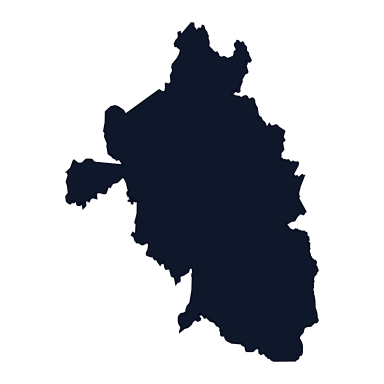 outline of Bafwasende, Orientale, Democratic Republic of the Congo
{"feature_id": "63176286B50174012793828", "entity_name": "Bafwasende", "entity_type": "district", "adm_level": 2, "iso_a3": "COD", "parent_name": "Democratic Republic of the Congo", "parent_adm1": "Orientale", "projection": "equal_earth", "projection_center": [26.956, 0.799], "detail": "fine", "context": "isolated", "style": "filled", "palette": "ink", "viewbox_px": 384, "rotation_deg": 0, "n_neighbors": 0, "source": "geoboundaries", "source_scale": "gbopen_adm2", "svg_char_len": 5953}
<svg xmlns="http://www.w3.org/2000/svg" viewBox="0 0 384 384"><path d="M218.2,53.6L217.4,53.5L216.8,52.1L214.9,53.1L214.2,51.9L212.8,51.9L212.7,50.4L209.0,46.7L208.5,45.5L209.0,43.1L208.7,40.8L207.6,37.8L208.1,36.7L207.9,35.3L207.3,35.0L206.7,32.2L204.8,29.9L203.6,25.8L202.4,25.5L201.6,28.7L198.6,28.3L197.1,31.0L196.3,30.8L195.2,28.4L194.0,27.5L193.5,23.2L191.3,23.0L182.0,34.0L180.6,34.7L180.2,31.8L178.5,32.3L178.0,33.1L178.6,34.9L178.2,38.2L176.1,40.3L174.5,43.6L175.1,46.4L177.0,46.3L177.9,47.6L179.9,48.6L180.6,50.5L179.5,54.4L177.5,58.3L172.5,64.4L171.9,67.4L172.7,69.6L172.7,71.2L170.6,75.3L171.2,82.5L168.3,84.4L166.0,83.3L165.5,83.9L165.8,87.9L164.9,91.6L162.8,92.0L159.1,89.9L125.5,114.3L123.3,110.4L118.0,106.8L115.1,105.8L110.9,106.9L105.6,111.7L105.4,122.2L103.8,131.1L105.3,133.2L104.6,136.4L107.7,144.0L107.0,145.7L108.4,153.9L110.6,155.2L111.2,154.6L111.4,155.5L111.8,155.0L112.1,155.5L112.7,157.5L115.7,158.9L116.6,160.1L118.7,159.3L120.1,160.2L123.0,165.1L95.7,162.5L93.7,162.0L92.5,160.1L91.1,159.4L87.4,159.3L85.8,159.6L82.2,163.2L78.1,163.5L74.0,160.2L73.3,160.9L70.7,168.2L66.6,172.1L67.5,172.2L68.5,176.2L67.9,176.8L66.4,181.9L67.6,185.3L68.5,193.0L65.9,196.7L66.6,201.3L68.5,203.1L70.4,203.8L72.3,201.0L73.2,202.7L74.5,202.1L75.0,201.2L75.7,201.4L76.6,201.9L76.9,204.2L77.5,205.2L80.0,205.3L81.0,204.2L81.1,202.7L82.2,203.1L83.1,208.4L85.7,205.6L85.2,202.0L85.8,201.1L88.2,199.9L88.3,201.2L88.9,200.7L89.2,201.3L90.6,198.5L92.9,197.5L96.6,198.6L96.2,193.4L96.7,192.8L100.2,192.5L104.0,193.6L105.8,193.3L108.1,186.9L109.4,186.7L110.3,187.3L112.5,183.3L117.2,182.3L122.6,177.1L124.2,177.9L126.5,182.5L128.0,189.0L129.2,191.6L128.4,192.7L127.6,191.8L127.1,192.5L127.2,194.0L127.9,193.7L127.7,194.5L128.2,194.8L127.8,196.0L129.8,196.7L129.6,198.0L130.6,197.6L131.5,198.7L131.7,198.2L132.4,198.5L131.9,199.5L130.4,198.9L129.7,200.8L128.5,200.5L128.3,201.0L130.3,201.5L131.3,200.6L132.0,201.5L131.5,203.1L132.1,203.9L132.8,203.3L132.6,201.8L133.8,201.2L135.1,200.9L135.4,201.7L136.9,201.4L137.5,201.9L137.3,213.6L135.0,222.7L136.3,224.0L135.8,232.6L135.5,233.5L134.6,233.8L132.9,232.5L131.5,235.1L134.1,237.0L134.9,240.2L136.7,242.6L139.5,242.8L140.8,244.1L142.6,244.7L147.1,242.5L148.1,242.8L148.8,245.3L148.2,249.5L146.6,252.8L146.5,254.4L147.1,255.3L151.3,256.7L152.1,256.0L153.2,256.1L153.3,257.7L154.6,259.5L157.3,259.8L157.6,261.5L160.1,265.0L160.6,263.9L162.6,263.3L163.3,261.5L164.2,263.3L165.3,268.4L166.0,269.2L168.5,268.7L169.8,269.2L171.6,276.1L174.6,277.3L175.9,284.2L177.0,282.5L179.7,281.5L180.0,279.5L179.6,277.4L180.3,276.1L183.8,274.9L188.3,271.9L189.1,269.2L188.8,267.6L192.4,268.3L193.0,273.1L192.2,273.7L191.9,276.1L192.5,276.3L192.1,290.7L190.0,303.1L187.3,306.2L186.1,310.0L186.4,311.5L183.8,313.3L181.1,313.7L179.0,315.9L178.5,317.3L178.5,321.4L179.2,324.2L180.9,326.6L181.0,328.2L179.6,331.5L179.7,332.1L184.2,328.4L188.1,327.1L191.4,324.1L192.2,322.0L195.4,319.4L197.7,321.1L199.9,320.2L200.5,318.5L199.0,317.2L198.7,315.2L199.2,314.1L200.4,313.7L200.3,314.8L201.4,314.3L203.9,316.7L204.2,317.9L204.8,318.1L205.8,316.5L210.3,321.0L212.0,321.5L212.4,320.9L213.7,322.2L215.1,322.0L215.2,323.6L216.8,325.7L218.6,326.2L220.5,328.7L219.9,330.6L220.8,331.4L220.8,334.9L221.6,335.8L224.8,335.8L225.1,338.0L226.4,340.2L231.6,342.9L241.2,343.7L242.0,345.0L245.2,346.5L245.7,350.1L246.5,351.3L252.0,351.4L253.4,351.0L255.6,348.7L258.1,348.3L258.9,348.8L259.1,352.8L260.9,354.4L263.0,353.3L264.6,353.6L265.7,355.7L267.8,357.2L268.3,358.2L270.1,358.2L271.4,359.9L273.6,361.0L295.5,360.8L296.2,359.7L298.4,358.6L298.6,356.9L299.4,355.4L301.5,354.8L302.2,352.2L302.2,345.8L301.4,342.6L299.0,338.1L299.8,335.8L302.9,332.5L303.8,328.6L305.0,327.2L307.4,326.3L310.8,326.1L314.4,322.5L316.7,322.5L318.1,320.2L317.1,318.1L316.6,312.9L314.9,307.5L314.7,300.7L313.9,295.7L313.4,294.9L313.3,291.9L312.4,289.4L313.4,287.3L312.9,286.1L313.4,285.4L313.0,283.7L313.8,281.2L313.1,279.2L313.8,277.4L313.4,276.3L315.7,274.8L315.7,273.7L316.5,273.3L316.7,272.1L318.0,270.5L316.6,266.5L315.0,266.2L315.6,265.5L316.3,262.0L315.0,260.4L313.3,260.5L312.9,259.1L311.7,258.8L311.0,256.7L310.1,256.1L310.3,254.8L309.1,251.5L309.2,249.5L309.8,248.6L309.3,247.6L309.5,243.2L308.7,242.6L308.0,243.1L308.1,241.0L307.3,240.0L308.3,239.0L308.8,239.4L308.5,237.0L306.5,235.9L306.9,234.6L306.6,232.6L305.4,232.9L304.5,231.4L300.6,231.3L300.0,230.5L298.3,230.6L297.1,229.2L296.2,230.6L295.3,229.2L293.5,230.6L289.9,229.1L287.7,226.0L285.9,224.6L291.2,221.2L294.6,220.7L297.2,216.3L300.2,213.4L303.6,214.5L305.0,212.1L305.8,211.7L298.3,198.0L299.3,196.5L298.7,196.0L298.4,193.1L300.1,186.2L304.2,175.7L303.1,176.0L302.6,174.8L301.9,174.8L299.3,177.3L297.8,177.0L297.0,175.8L295.8,176.7L294.5,175.6L293.9,175.9L293.2,174.1L297.8,165.6L298.4,163.1L297.6,162.0L295.6,162.4L292.9,161.4L291.0,162.9L288.4,159.9L286.5,160.3L284.6,159.7L283.8,160.5L282.3,158.7L280.9,159.3L280.7,152.9L283.6,149.5L282.2,142.0L284.3,140.8L284.7,139.9L283.3,138.0L283.0,136.5L284.6,131.1L278.2,126.9L277.2,125.3L275.1,125.1L273.9,125.9L271.2,126.3L269.3,123.7L268.1,126.3L265.7,126.4L265.4,124.0L264.3,122.3L262.2,120.4L260.7,117.3L259.2,116.8L258.7,116.0L257.8,113.5L257.2,107.9L255.8,105.9L254.6,102.7L254.4,100.1L253.1,98.3L252.0,98.1L250.0,99.2L248.0,99.1L247.5,96.9L245.8,95.8L243.2,96.5L242.1,97.7L240.8,97.6L239.1,96.5L235.9,96.1L231.7,94.5L233.6,93.1L233.5,91.1L234.6,92.0L236.2,90.0L236.5,91.4L237.8,92.1L239.1,92.0L239.9,90.9L239.5,90.0L240.0,86.2L241.0,84.4L241.1,82.6L241.7,82.5L242.0,81.4L241.8,79.3L244.8,73.9L247.4,72.7L247.7,71.8L245.9,65.8L247.1,63.5L245.7,61.5L249.8,61.9L251.1,60.3L248.6,55.3L248.3,52.9L246.3,51.0L246.3,47.0L243.8,44.6L243.6,42.9L242.4,42.0L240.7,43.5L238.2,40.7L237.0,40.6L236.5,42.6L234.8,43.5L234.6,45.4L236.6,49.3L236.0,50.3L236.4,51.1L234.4,51.5L234.4,53.7L233.1,57.2L231.5,57.0L230.4,58.2L229.5,57.9L227.1,59.0L226.5,58.0L224.2,56.7L220.9,57.5L219.7,56.8L218.5,55.6L218.2,53.6Z" fill="#0f172a" stroke="#020617" stroke-width="1.5"/></svg>